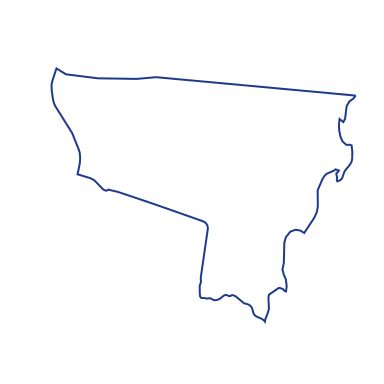 outline of River Gee, rotated 8°
{"feature_id": "LBR-1458", "entity_name": "River Gee", "entity_type": "County", "adm_level": 1, "iso_a3": "LBR", "parent_name": "Liberia", "parent_adm1": "", "projection": "natural_earth1", "projection_center": [-7.733, 5.165], "detail": "fine", "context": "isolated", "style": "outline", "palette": "blue", "viewbox_px": 384, "rotation_deg": 8, "n_neighbors": 0, "source": "natural_earth", "source_scale": "10m", "svg_char_len": 1801}
<svg xmlns="http://www.w3.org/2000/svg" viewBox="0 0 384 384"><g transform="rotate(8 192 192)"><path d="M339.8,73.8L340.3,74.3L338.8,77.1L335.3,80.3L333.2,85.3L333.4,98.1L332.1,101.7L328.0,99.2L328.1,104.6L329.2,110.6L331.3,116.4L334.0,121.0L338.4,123.9L341.4,123.2L343.6,123.7L345.2,130.1L346.0,136.6L345.7,140.5L344.0,144.0L340.5,149.7L339.8,152.0L338.7,157.6L337.2,159.7L334.4,161.2L333.7,159.9L333.7,157.3L332.7,155.1L332.4,153.3L333.9,151.6L334.4,150.3L331.0,149.6L330.3,150.6L322.7,155.3L320.5,158.4L319.3,161.5L316.2,172.7L318.6,188.7L318.4,194.4L316.7,200.4L308.8,217.0L304.6,215.1L299.7,215.0L294.9,217.6L291.2,223.7L290.5,229.6L292.8,249.2L292.4,256.5L294.5,261.2L297.2,265.7L298.9,272.3L298.9,277.4L297.7,277.3L295.3,275.3L291.4,274.8L282.5,283.0L282.4,286.2L284.4,296.7L284.0,300.6L282.4,307.6L282.3,310.2L282.2,310.1L281.3,309.3L279.1,308.0L273.1,306.3L271.4,305.4L270.0,304.0L267.5,298.5L266.7,297.4L265.2,296.3L262.8,295.4L258.9,294.9L249.9,289.3L247.5,288.5L245.9,288.6L245.0,289.3L244.1,289.7L243.1,289.9L242.1,289.7L240.9,289.2L239.9,289.2L238.8,289.6L237.9,290.2L234.7,293.6L232.4,295.1L231.3,295.6L229.8,296.0L228.2,295.9L225.0,294.7L223.9,294.8L221.9,295.4L221.1,295.5L219.1,295.3L217.8,295.4L216.5,295.6L215.5,295.4L214.6,294.3L213.8,291.4L213.1,286.4L212.8,285.3L212.8,284.0L212.8,282.8L213.2,281.4L213.3,280.3L213.3,279.1L212.9,277.6L212.6,275.0L212.8,226.1L212.4,224.3L211.7,222.7L210.4,221.2L209.3,220.4L207.1,219.5L159.5,209.9L118.6,202.2L108.9,201.3L107.0,202.6L105.7,202.5L103.8,201.9L93.5,193.9L89.2,192.4L76.2,190.4L76.9,179.7L76.6,174.3L75.4,168.9L74.1,166.0L65.1,150.3L44.5,125.8L43.0,123.4L41.4,119.5L38.9,110.6L38.0,105.3L38.3,101.0L40.6,88.5L50.8,93.0L83.1,92.5L121.5,87.7L140.5,83.3L339.8,73.8L339.8,73.8Z" fill="none" stroke="#1e3a8a" stroke-width="2"/></g></svg>